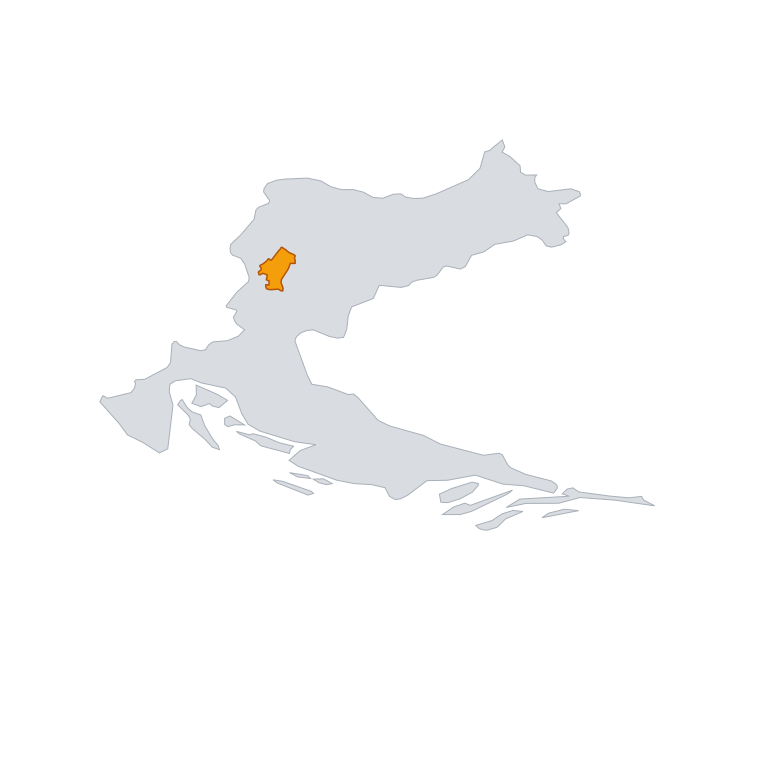 where Grad Zagreb sits in Croatia, rotated 333°
{"feature_id": "HRV-1589", "entity_name": "Grad Zagreb", "entity_type": "City", "adm_level": 1, "iso_a3": "HRV", "parent_name": "Croatia", "parent_adm1": "", "projection": "natural_earth1", "projection_center": [15.947, 45.796], "detail": "fine", "context": "in_parent", "style": "filled", "palette": "amber", "viewbox_px": 768, "rotation_deg": 333, "n_neighbors": 0, "source": "natural_earth", "source_scale": "10m", "svg_char_len": 4793}
<svg xmlns="http://www.w3.org/2000/svg" viewBox="0 0 768 768"><g transform="rotate(333 384 384)"><path d="M128.1,266.8L131.4,271.3L154.7,276.8L159.8,274.4L162.9,270.7L162.9,268.4L164.9,267.7L173.1,271.2L198.4,270.8L203.5,268.1L213.0,252.4L216.1,251.0L218.2,251.7L219.6,256.3L223.2,260.7L235.9,271.2L240.7,272.4L245.4,269.6L250.3,268.7L264.1,274.3L275.8,275.3L284.4,272.4L280.1,264.1L279.5,259.8L280.1,256.1L286.0,252.4L285.7,250.7L278.6,244.2L279.0,242.6L294.7,235.3L309.8,231.2L312.2,228.0L314.3,214.3L313.5,207.1L307.4,200.2L307.0,196.8L308.4,193.2L310.8,190.0L323.9,186.2L343.1,178.2L348.9,170.8L352.4,169.6L363.1,170.6L365.4,168.8L363.9,158.2L365.8,155.5L371.3,152.5L380.7,153.6L388.6,156.4L409.1,165.7L420.0,174.4L426.1,184.0L434.3,191.5L444.7,196.7L452.9,203.9L459.0,212.9L467.5,218.0L478.4,219.1L485.3,222.2L488.2,227.3L494.2,231.9L503.1,236.1L517.0,238.3L552.0,240.3L567.5,235.4L579.1,222.9L584.0,223.8L600.2,220.2L599.3,227.6L594.5,231.0L599.5,238.7L604.3,251.2L601.8,257.4L605.0,262.2L614.9,267.0L612.2,268.5L609.9,272.6L609.8,280.0L617.7,287.1L638.9,294.8L645.2,301.1L645.3,303.7L644.2,305.6L628.0,306.1L621.8,302.9L621.2,308.0L615.3,309.6L618.9,328.0L617.6,333.3L615.4,335.1L610.9,334.1L609.7,335.9L610.7,339.8L604.9,340.3L595.5,338.2L591.2,334.6L590.3,327.6L587.3,322.1L579.8,316.3L564.3,315.4L546.2,309.9L533.0,311.6L520.5,309.1L509.7,316.3L504.2,316.2L493.3,307.2L490.0,306.6L480.5,311.2L476.6,311.5L460.7,306.6L454.9,305.8L450.6,307.5L443.1,305.7L424.6,293.9L413.3,302.9L390.2,300.6L383.3,306.8L375.5,318.5L369.1,324.1L363.6,322.1L357.0,316.9L345.6,303.7L339.8,301.3L333.1,300.7L327.3,302.2L324.2,304.9L319.7,341.2L319.6,351.5L332.4,360.9L347.4,377.2L352.3,379.1L354.7,384.4L362.2,413.6L369.9,423.9L395.9,447.8L406.9,463.0L440.3,492.7L455.0,497.9L457.3,500.7L457.5,512.2L459.1,516.5L469.0,528.6L489.0,546.3L491.4,550.4L492.1,553.4L490.8,555.7L485.6,558.2L462.5,538.2L444.5,527.2L424.1,506.7L396.9,498.6L378.4,489.6L354.8,493.8L347.2,493.9L341.8,492.3L337.9,486.7L337.8,476.8L327.0,467.8L312.3,459.3L298.3,448.3L270.3,418.5L264.7,408.9L279.2,405.3L295.8,407.2L277.9,394.6L252.2,369.8L244.6,358.1L243.8,345.5L245.8,328.3L241.2,315.9L221.5,299.9L214.3,291.5L199.7,286.5L193.2,287.0L189.2,293.2L186.3,307.1L161.9,343.6L152.6,343.4L142.2,326.0L132.3,312.9L130.1,299.0L122.7,270.8L128.1,266.8ZM562.5,601.1L562.7,605.3L569.9,615.5L537.6,592.7L507.1,574.1L485.6,569.6L456.2,554.8L437.0,549.5L452.7,548.2L498.1,568.1L493.0,562.8L499.5,560.8L505.1,562.3L508.7,568.7L534.2,586.3L550.5,596.6L562.5,601.1ZM208.3,363.4L207.6,367.8L202.2,362.2L199.5,352.3L192.8,336.3L192.0,331.8L195.5,327.3L195.4,322.8L190.7,308.8L194.7,306.5L197.1,306.2L198.0,315.9L200.2,321.5L206.7,328.4L205.3,339.8L206.5,356.0L208.3,363.4ZM237.2,327.6L226.2,330.1L221.0,325.7L219.7,322.2L210.7,321.1L204.1,313.9L211.9,308.5L216.1,299.7L230.9,317.7L237.2,327.6ZM413.5,520.5L399.4,520.8L387.1,518.7L381.0,515.2L383.3,507.3L397.0,507.9L417.9,511.4L423.0,515.5L421.5,517.4L413.5,520.5ZM450.3,536.9L444.0,538.1L404.1,537.2L392.5,534.9L376.9,526.9L389.9,525.2L402.0,526.9L405.7,531.3L450.3,536.9ZM270.6,400.0L268.3,403.0L246.1,383.1L243.6,376.4L232.6,362.9L231.0,359.2L241.0,368.1L244.8,368.9L254.5,377.6L263.9,388.7L275.2,398.4L270.6,400.0ZM401.6,551.6L418.2,554.7L430.3,553.3L441.4,555.2L449.9,560.6L431.0,559.4L419.6,563.0L409.5,561.1L405.7,558.7L403.0,555.7L401.6,551.6ZM270.5,446.7L271.6,449.5L265.8,448.4L244.0,423.8L241.7,419.0L249.5,424.7L270.5,446.7ZM232.1,342.5L241.2,357.2L232.8,352.7L225.3,351.0L223.7,347.6L226.5,342.2L232.1,342.5ZM487.7,577.4L500.0,585.2L464.0,574.9L471.9,573.8L487.7,577.4ZM286.9,440.9L292.7,449.3L287.1,447.6L281.2,442.4L277.8,436.7L286.9,440.9ZM274.3,430.9L275.7,434.9L264.6,427.4L259.6,420.1L274.3,430.9Z" fill="#d9dde1" stroke="#a8b0b8" stroke-width="1"/><path d="M340.0,222.5L351.1,217.2L352.7,216.8L353.8,215.9L355.1,215.8L357.5,220.0L358.7,223.0L359.2,223.9L362.4,227.8L362.9,228.8L363.1,229.4L362.9,229.7L361.5,231.0L361.4,231.3L361.3,231.6L361.2,232.6L360.9,233.4L360.9,233.6L360.3,234.7L360.0,235.7L359.8,236.0L359.6,236.1L358.1,235.5L355.6,234.1L355.3,234.0L350.9,238.0L340.1,244.3L338.3,246.9L337.6,252.7L336.1,255.0L334.5,254.1L334.1,253.7L333.9,253.2L333.7,252.7L333.4,252.2L333.0,251.8L332.5,251.4L331.9,251.0L326.4,248.8L323.9,247.2L323.3,246.6L322.9,246.2L322.7,245.6L322.6,245.1L322.7,244.4L323.0,243.3L323.7,241.9L326.5,243.5L328.3,240.0L326.5,237.7L328.5,235.2L329.5,233.9L327.3,231.3L326.2,230.4L323.0,230.4L322.5,230.0L322.3,229.8L322.7,228.1L322.7,227.7L322.8,227.4L323.1,227.2L323.7,226.9L325.9,226.6L326.6,226.2L327.0,225.4L327.1,224.6L327.0,223.8L326.9,223.2L326.8,222.6L327.1,222.2L327.8,222.0L329.5,222.1L330.8,222.0L335.4,221.1L337.7,219.9L338.6,220.7L338.8,221.0L338.8,221.6L339.1,222.1L340.0,222.5Z" fill="#f59e0b" stroke="#b45309" stroke-width="1.5"/></g></svg>